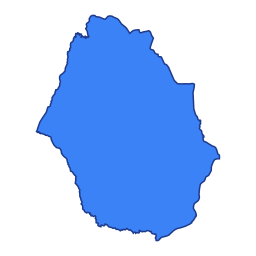 Quinchia, Risaralda, Colombia (Robinson projection)
{"feature_id": "7082276B81179954496146", "entity_name": "Quinchia", "entity_type": "district", "adm_level": 2, "iso_a3": "COL", "parent_name": "Colombia", "parent_adm1": "Risaralda", "projection": "robinson", "projection_center": [-75.724, 5.326], "detail": "fine", "context": "isolated", "style": "filled", "palette": "blue", "viewbox_px": 256, "rotation_deg": 0, "n_neighbors": 0, "source": "geoboundaries", "source_scale": "gbopen_adm2", "svg_char_len": 5680}
<svg xmlns="http://www.w3.org/2000/svg" viewBox="0 0 256 256"><path d="M156.1,240.5L157.5,240.6L158.2,240.4L158.9,240.0L160.9,237.8L162.2,237.1L165.7,236.3L168.7,235.2L173.2,231.0L175.1,229.6L176.5,228.9L177.9,228.3L180.8,227.7L185.1,226.3L189.8,224.1L191.8,222.7L191.5,222.1L193.5,220.2L195.1,217.5L195.6,216.3L196.0,216.4L196.3,215.4L196.2,214.4L195.5,212.0L193.4,208.4L193.5,206.5L194.0,204.4L194.5,203.5L198.2,200.6L199.1,198.9L199.4,197.2L199.0,194.1L199.5,188.7L200.2,184.9L200.7,183.9L201.1,183.4L202.8,182.0L204.0,181.3L205.1,179.5L205.6,177.5L205.8,177.1L206.3,176.7L208.1,175.7L208.8,175.1L211.2,170.7L211.4,166.6L212.9,162.4L214.5,159.8L215.1,159.4L217.0,158.8L219.4,158.8L219.5,156.7L219.4,155.5L219.1,154.8L218.1,154.2L217.8,153.7L216.9,150.9L216.9,150.3L215.8,148.0L215.3,147.3L213.7,146.4L212.0,145.9L210.4,144.7L209.1,144.1L206.5,142.3L204.2,141.4L203.6,140.9L203.2,140.1L203.1,139.7L203.2,139.0L203.0,138.5L203.2,138.0L203.1,137.0L203.9,137.0L203.8,135.9L202.6,135.1L202.5,134.8L202.7,134.5L202.2,134.1L201.8,132.7L201.6,130.9L199.8,129.2L199.4,128.5L199.5,128.0L200.0,126.7L199.5,125.2L200.6,123.8L200.4,123.1L200.6,122.7L200.5,122.1L200.0,121.5L200.6,121.1L200.6,120.6L200.5,120.3L199.0,120.2L198.2,119.7L197.9,119.2L197.4,117.1L196.9,116.3L196.4,116.0L195.4,114.2L193.8,108.9L193.3,98.1L193.0,92.9L194.2,87.0L194.4,84.4L194.1,84.0L192.7,83.5L191.9,83.5L189.6,83.9L187.5,83.8L178.9,83.9L177.7,83.7L176.8,83.0L174.6,80.8L173.9,79.8L168.5,67.2L166.7,64.9L166.1,64.5L164.5,63.9L164.3,63.5L161.4,57.1L160.5,56.7L159.2,56.8L158.7,56.6L158.3,56.1L158.0,54.3L157.7,54.2L156.8,54.2L156.0,53.8L155.6,53.4L154.7,52.9L154.0,51.0L153.6,50.4L153.0,50.0L151.0,49.4L150.3,48.9L150.1,48.1L150.3,47.2L151.4,43.6L153.4,38.1L152.3,36.6L151.4,34.9L150.6,32.6L150.1,31.7L149.2,30.9L148.5,30.8L146.3,31.4L142.9,32.0L141.3,32.7L140.2,32.7L139.6,32.3L139.1,30.2L138.8,29.7L134.4,30.2L133.1,30.7L131.7,31.7L129.8,33.4L126.5,28.2L125.4,27.1L121.4,23.9L119.2,20.6L118.0,19.2L117.2,18.7L113.5,17.1L112.0,16.2L109.6,15.9L107.9,16.4L105.5,19.0L105.1,19.3L102.9,18.6L99.4,17.1L98.8,16.9L97.8,17.1L97.1,16.8L96.2,16.7L94.7,15.5L92.2,15.4L91.8,15.8L90.6,16.3L90.1,17.5L89.4,18.3L89.2,19.0L89.4,20.6L88.7,22.1L87.4,22.9L86.4,24.0L86.3,24.6L86.8,26.1L86.8,26.8L86.7,27.5L85.7,28.4L85.7,28.7L87.0,30.7L87.3,31.6L87.9,35.1L88.7,36.1L88.7,36.8L88.5,37.2L88.0,37.3L87.2,36.8L86.7,36.8L86.5,37.0L86.6,37.6L85.4,38.1L85.3,37.7L85.6,36.8L85.4,36.3L85.0,36.3L84.7,37.0L84.2,37.3L83.4,37.0L82.6,36.0L82.2,36.1L81.6,37.2L81.3,37.3L81.1,37.2L81.1,36.9L81.5,36.1L81.3,34.9L81.4,34.2L81.0,34.1L80.3,34.5L79.7,33.7L79.3,33.9L79.2,34.5L78.4,33.2L78.1,32.9L77.7,32.8L77.5,33.0L77.9,33.6L77.8,33.9L77.4,34.0L76.6,33.6L75.8,33.6L75.5,35.1L75.9,36.6L75.8,37.0L75.6,37.2L74.8,36.7L74.4,36.9L73.5,38.6L73.4,40.1L73.2,40.7L71.9,42.2L71.0,42.7L70.7,43.3L70.5,44.8L70.6,47.4L69.8,48.7L69.7,50.3L69.1,51.2L67.8,51.8L67.5,52.3L67.7,53.4L67.4,54.2L67.8,54.9L67.7,55.9L68.1,57.4L67.4,59.2L67.6,61.3L67.1,62.2L67.1,62.8L67.5,63.7L67.1,64.1L65.6,67.4L65.2,68.8L65.2,70.4L65.0,71.0L64.4,71.5L63.9,72.5L60.4,75.2L59.6,76.8L59.6,78.9L60.3,81.4L60.3,82.1L59.7,84.2L59.6,86.3L58.6,87.2L58.1,88.9L57.7,89.3L56.7,89.7L56.0,89.7L55.6,90.1L55.6,91.2L55.0,92.1L55.0,93.5L54.4,94.6L53.4,95.3L53.0,96.4L52.1,97.4L52.0,100.3L51.0,101.4L51.3,102.7L50.4,104.4L50.4,105.4L50.1,106.2L49.5,106.6L48.4,106.9L47.8,107.2L46.3,112.3L42.3,118.2L39.9,122.1L37.6,128.6L37.1,130.6L36.5,131.4L37.0,132.0L37.9,132.5L38.2,132.4L38.2,131.8L38.6,131.8L39.2,132.2L39.3,132.5L39.6,132.6L39.7,132.8L40.1,132.7L40.2,133.0L40.0,133.3L40.4,133.4L40.7,133.7L41.8,133.4L43.3,134.1L44.6,134.4L45.5,135.3L46.0,135.2L47.7,135.5L49.0,136.4L50.6,136.8L51.1,137.6L51.1,138.8L51.3,139.0L51.3,139.5L51.6,139.8L51.5,140.2L52.9,143.1L54.1,145.2L56.4,147.5L57.2,147.8L58.7,148.0L60.3,149.0L60.7,149.7L61.2,150.9L61.6,153.5L63.2,155.7L64.7,157.1L65.6,157.7L66.8,159.0L67.0,159.5L67.4,162.1L68.1,163.3L67.9,164.3L68.8,165.2L69.1,166.7L70.1,168.2L70.6,171.1L71.7,171.5L72.9,172.5L73.5,173.8L74.7,175.1L75.4,175.5L75.7,176.3L76.1,176.7L76.1,177.0L75.6,178.5L75.9,180.1L75.6,180.9L75.3,183.4L75.5,183.7L76.3,184.0L76.7,184.8L77.2,185.3L77.6,186.0L78.1,186.3L78.8,188.5L79.6,189.4L79.8,190.5L79.3,191.9L79.7,192.3L79.9,196.7L80.6,197.8L80.7,198.7L81.2,200.5L81.8,201.5L82.1,202.6L81.1,203.9L82.4,205.4L82.7,206.1L82.7,208.5L82.8,209.2L84.3,210.4L84.5,211.3L84.8,211.7L86.3,212.8L86.8,212.9L87.9,212.3L89.2,212.9L89.9,212.8L90.0,213.1L89.7,213.8L89.8,214.1L90.6,214.1L90.8,214.3L90.9,215.7L91.4,215.9L92.3,215.7L93.4,216.5L94.8,215.8L95.5,216.0L95.7,216.8L95.3,218.4L95.6,218.9L96.2,219.2L96.3,219.7L96.0,220.3L96.2,221.3L96.1,222.6L96.3,222.9L97.7,223.0L98.2,223.3L98.2,223.8L97.9,225.0L98.3,225.9L100.9,226.8L101.0,226.6L100.9,225.7L101.2,225.2L101.7,225.0L103.5,225.8L104.1,225.8L104.6,225.2L105.0,224.2L105.4,224.0L105.7,224.2L106.1,224.8L107.1,224.8L107.5,225.0L108.3,226.4L109.1,227.0L111.4,227.4L112.9,228.3L115.2,228.0L115.5,228.7L116.1,229.3L116.8,229.4L117.8,229.1L118.3,229.6L119.6,230.1L120.3,230.8L120.9,230.5L121.3,229.7L121.8,229.6L122.2,230.0L122.7,230.1L123.4,229.4L124.0,229.3L124.9,229.8L125.4,229.8L126.1,229.3L126.6,228.5L127.0,228.5L127.8,229.2L129.2,230.2L129.6,230.2L130.2,229.9L130.6,229.9L131.3,230.9L132.4,231.6L133.3,233.2L134.2,232.2L134.8,232.2L135.4,232.4L135.7,233.3L136.7,232.6L138.7,233.0L139.3,232.5L139.5,232.0L139.1,230.8L139.2,230.6L139.7,230.4L140.1,230.5L141.1,231.4L142.2,231.8L143.8,231.4L145.3,231.6L146.7,230.8L147.6,230.6L149.0,230.9L150.2,231.7L151.2,231.5L151.5,232.9L152.3,233.7L153.6,233.8L154.7,234.3L155.6,234.1L156.3,235.8L155.4,237.7L155.5,238.4L156.1,239.4L156.1,240.5Z" fill="#3b82f6" stroke="#1e3a8a" stroke-width="1.5"/></svg>